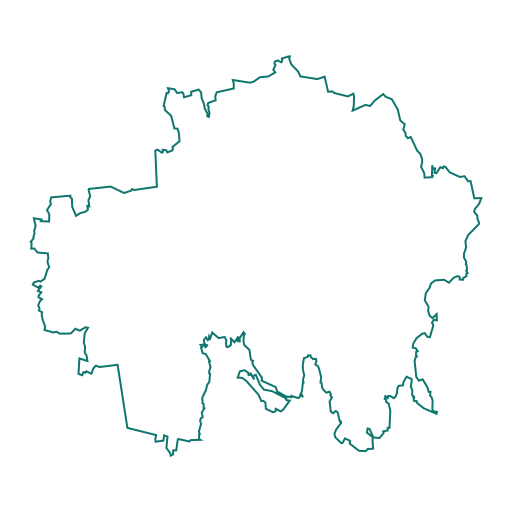 Tønsberg nor, Vestfold, Norway
{"feature_id": "86288312B49956030196475", "entity_name": "Tønsberg nor", "entity_type": "district", "adm_level": 2, "iso_a3": "NOR", "parent_name": "Norway", "parent_adm1": "Vestfold", "projection": "albers", "projection_center": [10.379, 59.3], "detail": "fine", "context": "isolated", "style": "outline", "palette": "teal", "viewbox_px": 512, "rotation_deg": 0, "n_neighbors": 0, "source": "geoboundaries", "source_scale": "gbopen_adm2", "svg_char_len": 5981}
<svg xmlns="http://www.w3.org/2000/svg" viewBox="0 0 512 512"><path d="M383.2,94.1L374.9,100.4L370.1,106.0L365.5,104.9L352.6,110.6L353.8,105.9L354.0,96.2L353.4,93.7L347.9,96.4L334.5,93.1L332.5,91.5L328.1,91.7L324.6,76.7L317.3,79.1L300.3,76.4L298.1,71.5L291.3,64.4L289.2,58.5L289.9,56.4L288.7,56.4L281.9,58.5L282.3,60.8L281.3,62.3L277.6,60.4L274.8,61.7L274.5,63.6L275.5,65.1L273.3,69.7L275.2,72.4L268.2,76.5L260.0,77.2L253.6,81.7L249.9,82.7L232.8,80.0L233.8,83.7L233.7,88.5L216.7,92.3L215.3,96.3L215.6,100.3L208.3,102.9L207.5,105.1L208.7,106.5L208.4,109.2L209.5,112.8L208.9,116.9L207.3,116.3L207.5,113.8L204.8,108.6L204.0,104.0L201.7,98.4L201.1,92.4L198.7,89.6L191.1,91.8L191.3,95.2L184.0,97.3L183.4,93.5L182.3,92.3L177.1,93.0L174.6,89.3L168.0,88.2L169.1,91.3L167.9,93.3L166.6,93.0L163.6,106.0L164.6,106.5L164.9,110.0L171.1,115.7L174.4,128.4L177.5,128.7L178.9,133.1L179.5,141.2L172.5,147.0L173.0,148.7L172.3,150.5L167.3,152.4L166.3,150.3L162.7,149.8L163.0,151.9L161.9,152.7L157.4,149.6L155.3,150.6L156.9,186.7L134.4,190.0L132.0,189.1L131.2,190.6L124.1,193.0L110.7,186.6L89.0,188.9L88.6,189.9L90.2,196.3L88.4,200.2L89.3,206.4L87.3,205.9L88.0,209.4L85.6,211.7L80.0,213.2L76.1,215.9L72.2,206.8L71.9,198.6L70.2,197.2L70.4,195.7L51.2,197.4L50.2,201.1L50.9,204.1L47.0,210.1L49.3,214.3L49.1,221.5L40.8,221.2L41.5,219.5L33.9,218.3L35.6,226.0L34.1,231.2L34.6,233.2L33.3,237.2L33.7,238.2L30.7,241.9L31.6,242.9L31.3,248.7L34.3,248.5L37.5,252.5L47.8,253.4L48.3,257.9L47.4,261.8L49.2,267.2L47.4,269.7L44.5,278.9L40.5,281.6L38.8,280.8L33.8,282.5L32.8,284.6L38.2,287.6L40.2,285.7L41.3,286.3L37.9,291.0L41.3,292.3L38.6,295.7L38.5,297.3L42.0,299.2L39.8,301.4L38.2,305.5L39.5,308.4L39.0,310.6L42.1,312.3L41.7,315.0L42.8,320.1L45.2,326.6L44.6,330.0L53.4,332.5L56.6,331.7L59.4,333.6L69.3,333.6L71.2,333.2L75.3,328.7L79.7,330.7L85.4,327.3L88.0,327.8L84.7,333.4L83.8,342.8L85.0,346.5L84.8,352.8L86.6,355.5L87.4,361.0L79.4,358.4L78.5,373.9L82.2,375.2L83.5,372.1L85.4,372.7L86.2,371.3L91.4,373.7L93.4,368.3L95.8,365.7L99.6,367.0L117.6,364.8L127.4,427.9L156.2,435.1L155.3,439.0L155.6,441.7L163.4,440.6L164.1,435.4L167.5,436.6L166.4,447.9L170.2,453.2L170.7,455.6L173.1,454.4L173.2,450.4L176.2,450.4L177.8,439.4L178.4,439.0L189.3,441.5L190.7,440.1L200.3,439.8L199.0,439.0L199.1,434.6L199.8,434.2L198.9,431.5L201.1,423.9L200.1,420.9L200.8,418.3L202.7,417.2L201.8,412.5L204.4,408.3L203.6,408.0L203.6,403.8L202.5,403.2L202.3,397.6L206.0,389.9L207.2,384.7L209.3,382.0L210.1,373.9L209.2,373.4L209.2,371.2L210.5,367.1L209.0,361.4L209.9,361.1L205.8,354.1L202.6,353.2L201.1,347.6L202.1,347.0L200.6,345.0L203.3,344.5L205.5,347.2L206.6,346.2L207.1,345.2L204.6,344.1L203.8,340.1L206.0,337.3L207.8,340.2L208.8,339.4L209.2,336.4L210.2,338.3L212.2,332.5L218.7,338.1L224.6,337.0L226.5,340.6L225.9,342.7L226.4,346.6L227.6,347.2L230.8,345.3L231.1,338.9L230.1,337.6L234.3,342.3L238.4,336.5L237.8,341.0L238.9,340.5L240.0,342.2L239.4,338.7L243.5,332.2L244.8,334.0L244.0,334.8L243.4,341.0L244.2,345.0L249.4,349.8L250.9,359.8L253.0,360.8L252.3,362.4L253.1,365.1L262.0,377.9L261.6,380.7L275.6,387.0L277.2,391.5L286.4,396.6L291.4,397.1L291.4,395.9L298.2,398.1L299.4,397.5L300.5,394.5L303.0,397.2L301.0,393.4L301.9,391.3L302.9,382.9L303.6,382.6L302.9,380.0L304.2,375.4L302.9,369.6L302.8,364.5L304.0,358.2L307.6,356.9L308.2,355.3L310.5,355.4L310.5,356.6L313.1,359.1L316.0,358.9L316.4,361.1L315.3,364.4L318.1,366.3L319.4,370.1L321.1,377.1L320.5,382.5L321.4,382.6L322.5,388.6L326.2,392.7L329.5,391.7L330.8,394.0L330.4,395.5L332.0,397.3L329.6,401.5L330.8,411.5L333.2,413.3L335.4,411.1L336.9,411.6L337.9,413.0L339.3,419.7L340.7,421.4L340.1,421.7L341.1,423.0L336.2,429.4L334.4,433.9L335.4,437.4L341.4,443.2L342.8,442.7L344.9,438.5L349.0,440.2L350.2,441.2L349.6,443.1L350.2,444.0L359.0,450.8L365.8,451.1L367.7,449.0L373.1,448.7L372.5,439.1L373.3,437.6L366.9,432.6L367.6,428.5L369.5,428.9L373.3,437.4L379.4,438.1L383.6,433.1L383.2,431.3L387.7,430.5L387.7,427.8L389.5,427.8L390.3,410.8L388.7,403.6L386.0,401.8L386.3,399.4L384.7,398.9L385.4,396.2L387.9,397.8L388.2,396.0L390.6,396.1L393.7,398.2L395.5,396.7L396.9,393.3L397.5,387.7L398.7,385.8L402.9,385.4L403.5,382.0L406.6,376.7L411.8,379.2L410.9,387.1L412.3,390.2L412.1,394.9L413.9,396.7L413.4,397.1L414.2,397.5L413.6,399.8L414.4,401.2L416.5,400.9L417.1,403.0L423.8,408.3L436.5,413.8L436.9,411.8L433.1,411.4L432.4,409.2L432.6,400.9L431.7,397.3L430.0,395.5L430.5,391.9L428.7,391.9L427.5,387.4L422.6,379.3L418.9,380.7L416.3,377.0L414.6,361.1L415.9,356.6L416.9,356.4L415.9,354.5L416.3,351.6L417.7,351.1L415.9,348.4L412.7,347.6L413.3,343.5L416.6,338.1L422.3,333.7L424.7,333.1L427.3,336.8L429.9,337.2L433.3,325.5L432.0,322.5L434.0,319.7L436.9,320.4L436.6,314.1L432.4,318.2L429.5,315.5L428.1,310.7L428.6,306.7L424.8,300.4L425.8,293.2L429.5,287.9L431.0,283.5L435.2,280.4L444.1,279.8L449.0,282.7L453.5,277.9L457.5,276.1L459.7,276.9L459.7,279.6L463.2,279.7L463.3,277.9L466.4,276.2L466.5,273.5L467.6,273.0L466.2,270.7L467.0,269.9L466.7,265.4L465.8,264.5L466.3,261.8L463.9,257.5L464.0,253.6L466.1,247.5L465.4,241.2L468.2,235.0L478.8,224.2L479.1,222.8L477.5,219.0L477.3,215.6L474.2,212.0L474.7,209.1L479.1,203.9L481.3,198.1L474.3,198.3L470.6,181.2L468.0,181.2L464.5,176.2L460.0,177.0L449.8,172.4L445.3,166.7L443.6,166.5L442.9,168.2L440.3,167.2L436.5,173.1L434.5,172.8L435.1,168.4L432.4,168.1L432.4,165.1L432.1,168.5L432.8,169.4L432.1,170.1L431.9,175.4L432.8,175.9L432.1,177.2L424.6,177.6L424.2,173.1L421.1,166.8L422.2,162.2L422.1,159.3L420.3,153.8L417.1,150.6L410.7,136.9L408.0,138.2L405.8,136.0L405.3,132.6L403.3,129.7L404.7,124.3L400.3,120.5L397.8,109.6L391.8,99.2L385.9,96.9L383.2,94.1ZM289.8,400.6L286.9,400.3L286.0,399.6L286.3,398.5L272.2,391.2L263.9,389.6L259.8,384.5L255.8,374.8L253.2,376.0L254.0,379.5L250.3,372.7L250.4,374.8L248.6,375.1L248.0,372.5L244.4,370.2L239.8,371.4L237.7,377.6L242.2,377.9L246.4,381.0L258.5,394.7L261.4,401.1L263.4,400.9L265.4,402.6L265.9,408.8L273.2,412.3L275.5,411.2L275.8,408.8L280.6,411.4L282.9,410.0L289.8,400.6Z" fill="none" stroke="#0f766e" stroke-width="2"/></svg>